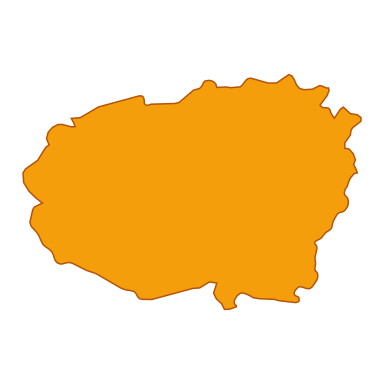 the border of Cuneo
{"feature_id": "ITA-5441", "entity_name": "Cuneo", "entity_type": "Province", "adm_level": 1, "iso_a3": "ITA", "parent_name": "Italy", "parent_adm1": "", "projection": "equal_earth", "projection_center": [7.731, 44.473], "detail": "fine", "context": "isolated", "style": "filled", "palette": "amber", "viewbox_px": 384, "rotation_deg": 0, "n_neighbors": 0, "source": "natural_earth", "source_scale": "10m", "svg_char_len": 2974}
<svg xmlns="http://www.w3.org/2000/svg" viewBox="0 0 384 384"><path d="M224.5,309.4L221.7,303.8L216.4,298.9L213.6,293.1L216.8,283.1L209.5,281.9L199.7,287.9L192.9,288.4L151.7,299.5L142.1,299.3L139.8,298.8L137.6,296.7L136.4,294.2L134.7,291.9L131.6,290.8L125.4,289.8L121.0,288.1L95.8,273.5L86.3,270.3L72.4,263.3L69.4,262.5L66.3,262.8L63.4,263.7L60.6,264.1L57.4,262.9L55.2,260.5L54.2,257.8L53.4,255.0L51.9,251.9L49.7,249.6L45.1,246.4L42.9,244.3L41.6,242.0L38.9,235.7L37.0,232.7L32.9,228.2L31.8,227.0L30.9,225.6L30.0,222.8L30.0,221.2L30.6,219.4L32.7,209.8L34.3,207.1L42.3,203.0L36.1,198.2L29.0,191.2L23.7,182.6L23.0,173.0L25.6,168.9L37.7,160.3L45.8,147.3L49.1,145.0L46.5,138.5L47.5,135.0L48.2,132.2L52.6,127.3L58.0,124.5L62.4,124.5L70.9,126.8L75.1,126.7L73.7,122.8L71.3,118.4L80.2,117.7L98.6,106.9L139.1,95.9L141.1,95.9L142.5,96.3L143.4,97.4L144.1,99.6L144.3,101.1L144.3,102.4L144.5,103.5L145.3,104.7L146.6,105.3L148.1,105.2L150.9,104.2L174.8,103.5L179.0,102.5L193.7,90.0L199.0,88.7L200.5,87.7L202.5,84.9L203.5,82.6L205.0,81.0L208.5,80.4L211.2,80.7L213.8,81.9L215.9,84.1L216.7,87.4L226.4,87.0L230.7,87.7L240.0,86.9L241.8,85.6L245.9,80.3L248.1,78.6L250.9,78.2L268.3,83.1L276.6,83.0L284.8,77.3L288.9,74.6L292.0,76.0L294.4,80.0L296.5,84.9L299.4,88.3L303.8,89.7L312.4,89.2L319.6,85.6L321.9,86.0L326.2,87.9L328.6,88.0L329.0,90.7L327.0,95.8L320.0,105.2L322.2,107.4L328.4,108.1L330.0,109.9L330.6,112.2L331.7,114.4L334.3,118.3L340.2,109.4L343.3,107.1L350.4,113.7L357.3,114.7L361.0,117.7L360.9,121.3L352.9,127.5L351.1,130.0L350.4,135.0L344.9,142.7L344.8,148.3L349.0,149.0L353.2,153.7L355.4,159.8L353.6,164.6L355.7,168.5L357.3,172.9L354.1,173.6L350.5,177.9L349.9,179.0L348.3,182.9L347.2,186.3L345.3,189.3L344.6,191.3L344.3,192.8L344.5,194.0L344.9,195.0L345.5,195.8L347.0,197.3L347.7,198.5L348.2,200.2L348.3,203.5L347.9,205.4L347.0,207.3L345.3,209.8L344.5,210.6L343.7,211.2L342.9,211.7L339.3,212.7L338.3,213.1L337.2,214.4L336.0,216.2L333.3,221.1L332.4,224.1L331.8,227.3L331.2,228.6L330.4,229.5L325.9,232.5L324.4,234.0L322.7,236.3L321.3,237.9L319.7,239.1L317.1,240.3L315.3,241.4L314.8,242.6L314.8,243.7L315.4,244.5L316.2,245.1L316.8,246.6L316.9,248.8L315.2,256.3L315.0,258.4L315.0,259.6L315.3,260.7L315.5,262.3L315.5,264.4L314.9,267.8L315.0,269.7L315.5,271.0L316.4,271.6L317.2,272.7L317.7,274.2L317.7,277.1L317.3,278.7L316.8,280.1L314.5,283.7L312.1,286.9L310.6,288.1L309.9,288.5L309.2,288.7L308.0,288.7L305.7,288.3L302.4,287.1L300.0,286.7L298.6,287.1L297.4,288.0L295.2,290.4L294.4,292.1L294.1,293.7L294.5,294.7L295.2,295.5L296.1,296.0L298.0,296.8L298.6,297.3L299.0,298.2L299.2,299.9L299.0,300.9L298.5,301.6L297.2,302.2L295.5,302.6L279.1,300.7L274.6,299.4L259.2,298.7L252.8,297.6L252.0,296.9L248.7,295.1L244.9,293.5L242.7,293.0L241.0,293.1L240.0,293.5L239.1,294.1L237.5,295.4L236.8,296.2L235.1,299.0L234.6,299.9L234.4,300.9L234.2,302.0L234.4,303.1L234.8,304.2L235.4,305.0L236.3,305.5L236.4,306.2L236.3,306.8L229.5,309.2L224.5,309.4Z" fill="#f59e0b" stroke="#b45309" stroke-width="1.5"/></svg>